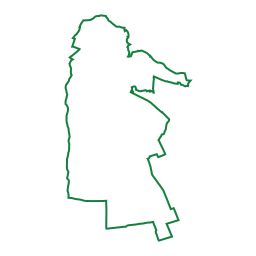 outline of Blajani, Buzau, Romania
{"feature_id": "2599482B90887320089093", "entity_name": "Blajani", "entity_type": "district", "adm_level": 2, "iso_a3": "ROU", "parent_name": "Romania", "parent_adm1": "Buzau", "projection": "robinson", "projection_center": [26.819, 45.297], "detail": "fine", "context": "isolated", "style": "outline", "palette": "green", "viewbox_px": 256, "rotation_deg": 0, "n_neighbors": 0, "source": "geoboundaries", "source_scale": "gbopen_adm2", "svg_char_len": 5604}
<svg xmlns="http://www.w3.org/2000/svg" viewBox="0 0 256 256"><path d="M169.2,119.4L167.5,117.6L164.7,114.8L162.6,112.7L162.4,112.3L162.0,112.5L157.4,108.7L156.1,107.5L155.2,106.6L150.8,102.7L147.8,100.7L146.7,100.1L146.4,100.0L130.7,92.2L131.2,91.1L131.5,91.3L133.1,92.1L133.1,91.6L132.9,91.3L132.0,90.7L132.1,89.5L132.1,88.8L132.0,87.9L131.8,87.2L133.0,86.8L133.5,86.5L134.0,86.4L134.5,86.4L135.1,86.6L135.5,87.1L136.2,89.1L135.9,89.7L137.4,90.3L139.4,91.2L140.6,91.3L141.8,90.9L143.2,90.7L145.7,90.2L146.2,90.5L146.8,91.3L147.6,90.9L149.7,90.5L150.0,90.6L149.9,90.7L149.4,91.0L149.2,91.4L149.4,91.6L149.7,91.7L150.2,91.7L151.0,91.4L151.3,91.2L151.7,91.1L152.4,91.4L153.2,92.0L153.4,92.6L153.7,92.7L153.7,92.1L153.4,91.3L153.0,88.2L153.2,87.5L153.3,84.7L153.6,80.8L153.8,79.9L153.9,78.7L153.6,77.9L153.7,77.2L153.8,76.5L157.3,77.9L161.7,79.9L165.2,81.2L166.3,81.4L167.2,81.3L167.7,81.6L168.3,81.8L173.2,83.0L173.4,83.3L177.8,83.9L177.9,83.5L177.9,82.5L179.9,82.7L181.0,84.7L182.2,84.9L184.0,85.7L185.4,86.4L186.1,86.0L187.2,85.9L188.0,86.1L188.1,85.8L188.1,84.4L188.2,83.6L188.4,83.2L190.5,80.6L189.0,80.6L188.7,80.5L187.0,80.3L186.7,80.1L186.5,79.9L186.3,79.1L185.8,77.5L185.4,75.4L185.0,74.2L184.8,73.3L184.3,73.3L183.4,73.1L181.8,72.9L180.9,73.0L178.1,73.5L176.7,73.6L175.8,73.5L175.1,73.0L174.3,72.7L171.0,70.9L169.4,69.9L165.8,67.4L164.8,65.7L163.7,64.3L162.8,63.6L162.3,63.4L160.8,62.9L159.8,62.6L158.1,62.7L157.1,62.4L154.2,60.5L153.7,60.1L152.9,59.1L151.9,58.0L151.5,57.3L151.3,57.1L150.9,56.8L150.2,56.7L150.4,56.0L150.0,55.6L149.3,55.2L147.2,53.2L144.0,51.6L141.7,50.6L140.7,50.6L140.4,50.7L140.0,51.0L139.4,51.1L138.4,50.9L138.4,51.1L138.2,51.2L137.6,51.1L137.4,51.3L134.8,51.9L133.9,52.0L133.4,52.1L132.6,52.2L132.3,52.6L132.0,53.8L131.2,54.4L131.4,55.0L131.1,55.9L130.8,56.4L130.4,56.5L129.7,56.4L129.1,56.5L128.7,56.7L128.0,56.6L128.4,55.9L128.7,55.6L128.9,55.1L129.1,53.4L129.3,53.1L129.3,52.9L129.3,52.4L128.8,51.2L128.3,50.4L128.2,49.7L128.1,47.9L127.4,47.4L128.2,45.5L128.3,45.5L130.1,44.5L128.3,43.4L127.4,42.7L127.0,42.1L126.8,40.4L126.9,39.1L127.8,38.1L127.8,37.3L127.6,36.8L128.5,36.8L128.5,34.5L128.2,33.1L127.8,32.1L127.0,31.0L126.2,30.1L124.9,31.1L124.7,30.2L124.3,29.8L124.4,28.8L124.6,27.8L124.2,27.7L123.8,27.7L123.2,27.7L122.3,27.7L121.2,27.4L119.6,26.7L119.0,26.6L118.2,26.8L116.6,26.6L116.0,26.4L115.1,25.7L114.2,24.8L113.6,24.6L113.1,24.2L112.7,23.6L111.6,22.8L110.7,21.9L110.0,21.4L108.9,20.9L108.1,19.8L108.0,19.5L107.9,19.1L107.9,18.9L107.2,18.3L107.2,18.1L107.0,17.7L106.1,16.9L105.9,16.0L103.8,15.7L100.7,15.4L100.1,15.5L99.5,16.0L97.6,16.0L95.6,16.4L95.0,16.8L93.3,18.4L91.9,19.2L91.6,19.2L91.4,19.3L91.0,19.8L90.3,20.0L87.0,20.3L83.4,20.3L80.9,24.0L80.4,25.0L80.0,26.3L80.0,26.9L79.7,27.0L79.4,27.5L79.5,27.6L79.9,27.8L79.5,28.9L79.4,29.9L79.2,30.3L78.3,31.8L77.9,32.2L77.2,33.2L76.7,34.1L75.4,35.0L72.9,38.1L74.9,38.8L74.1,41.1L72.2,46.7L73.2,46.7L73.6,46.8L75.2,47.4L77.0,48.1L79.4,49.0L79.6,49.1L79.1,49.7L78.4,50.3L76.6,52.1L75.7,52.7L72.8,55.1L69.7,57.4L70.9,58.4L72.7,59.4L71.9,59.8L71.6,60.1L71.1,60.6L70.6,61.5L70.1,62.3L69.9,63.3L69.5,63.7L69.5,64.1L69.6,64.5L70.1,65.6L70.3,66.7L70.5,67.0L70.9,67.8L71.0,68.6L70.9,70.0L70.9,72.4L71.0,74.0L71.6,74.7L71.7,75.1L71.6,75.4L71.1,76.0L70.8,76.8L69.3,79.0L69.1,79.6L68.9,80.5L68.4,81.6L67.7,82.7L66.4,84.4L65.9,85.4L65.8,86.2L65.7,87.0L65.6,87.8L65.7,88.7L65.9,89.0L66.0,89.3L66.3,90.7L66.4,91.1L66.6,92.3L66.7,93.0L67.3,94.7L66.6,96.9L66.7,97.4L66.3,98.5L65.9,99.7L65.5,101.8L65.6,104.1L65.8,104.3L66.1,104.4L66.3,104.7L66.8,105.4L67.9,107.7L68.0,108.1L67.9,110.4L67.6,112.2L67.0,113.9L66.9,114.7L66.5,115.7L66.5,116.4L66.6,117.5L66.5,118.8L66.5,121.0L66.9,123.1L67.4,124.7L67.4,125.8L68.5,128.4L68.6,130.1L68.8,131.5L69.4,134.8L69.5,136.2L69.6,136.5L69.6,137.0L69.5,137.4L68.7,140.2L68.6,140.7L68.6,141.6L68.7,142.2L69.0,143.0L69.2,143.4L69.3,143.8L69.2,144.2L69.2,146.2L69.2,146.7L69.1,149.4L68.7,151.8L68.2,153.1L68.1,154.9L68.0,155.4L67.7,156.5L67.5,157.5L67.0,159.4L67.0,161.5L67.0,162.5L66.9,165.6L67.0,168.8L67.2,169.5L68.3,171.5L68.3,172.3L68.3,172.7L67.9,174.3L67.8,175.4L67.5,176.5L67.1,178.0L67.1,178.3L67.3,178.7L68.3,179.6L68.6,180.1L68.8,180.4L68.8,180.7L68.8,182.2L68.7,183.3L68.5,184.5L68.1,186.1L68.1,186.5L67.5,190.5L67.9,191.7L68.3,193.2L68.6,195.6L68.5,197.8L71.6,198.0L74.7,198.8L77.4,199.3L78.8,199.4L81.1,199.8L84.1,200.7L85.4,200.9L87.1,201.0L94.7,201.1L102.4,201.0L106.2,200.8L106.2,203.7L106.4,209.0L106.4,212.9L106.3,221.8L106.3,224.9L106.2,226.4L106.3,227.9L106.5,228.7L124.7,226.7L125.4,226.8L126.0,226.6L126.7,226.0L127.3,225.6L129.2,225.1L130.3,225.1L132.9,224.8L135.8,224.5L139.8,223.8L142.6,223.6L147.5,222.6L150.1,222.5L153.1,221.9L153.5,223.2L154.1,224.9L155.1,226.9L155.4,228.2L155.7,228.7L156.2,230.1L156.3,230.4L156.1,230.8L155.8,231.1L155.8,231.8L155.9,232.8L156.2,233.7L156.7,234.7L158.3,239.7L158.9,240.6L172.0,236.6L166.6,223.8L178.5,220.2L175.4,212.3L173.7,208.2L170.8,209.1L168.5,203.3L168.1,202.1L166.6,198.4L164.5,193.2L163.5,190.7L159.4,184.7L158.3,183.4L155.6,179.5L152.4,175.2L151.8,173.6L151.4,170.7L150.8,168.7L150.7,167.6L150.4,166.5L149.3,162.9L148.0,159.3L147.7,158.8L148.6,158.6L148.9,158.3L149.2,158.0L149.6,157.3L149.7,156.4L156.8,154.2L158.2,157.1L162.0,155.7L165.2,154.3L165.3,154.2L162.8,148.8L160.4,143.9L160.2,143.3L159.9,142.8L159.0,140.7L158.5,140.1L158.8,139.7L159.8,138.0L161.2,136.0L161.4,135.6L161.6,135.0L161.7,134.7L162.1,134.4L163.5,134.1L163.8,134.0L164.0,133.7L164.6,131.7L165.6,129.7L165.8,129.1L166.4,125.0L166.9,123.4L167.3,122.6L168.2,121.8L168.7,121.1L168.9,120.8L169.2,119.4Z" fill="none" stroke="#15803d" stroke-width="2"/></svg>